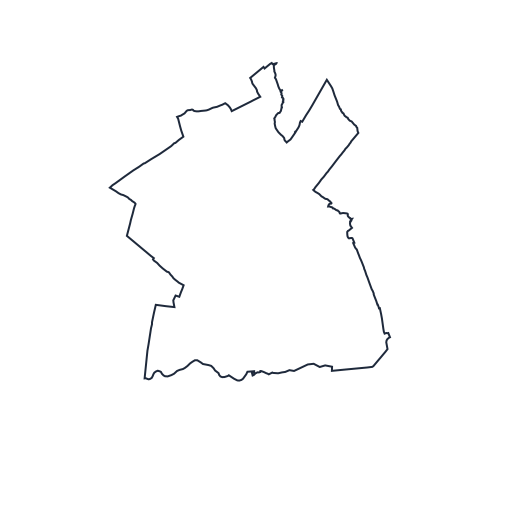 Buhusi, Neamt, Romania, rotated 323°
{"feature_id": "2599482B92541433330507", "entity_name": "Buhusi", "entity_type": "district", "adm_level": 2, "iso_a3": "ROU", "parent_name": "Romania", "parent_adm1": "Neamt", "projection": "natural_earth1", "projection_center": [26.718, 46.731], "detail": "fine", "context": "isolated", "style": "outline", "palette": "slate", "viewbox_px": 512, "rotation_deg": 323, "n_neighbors": 0, "source": "geoboundaries", "source_scale": "gbopen_adm2", "svg_char_len": 6138}
<svg xmlns="http://www.w3.org/2000/svg" viewBox="0 0 512 512"><g transform="rotate(323 256 256)"><path d="M314.1,401.5L315.3,397.1L314.4,396.7L313.7,395.9L312.0,395.4L312.5,393.5L314.0,390.6L319.0,381.6L321.0,377.6L323.5,372.2L322.7,371.8L323.1,371.0L324.0,368.1L323.7,367.9L324.9,364.5L326.6,358.4L327.0,357.3L327.5,356.7L328.2,354.0L328.4,352.2L330.4,345.6L332.1,340.2L332.7,337.7L334.2,333.4L334.7,331.3L335.3,330.1L336.8,324.7L337.4,322.3L337.8,320.2L338.0,319.5L338.8,316.9L339.0,316.0L340.4,311.4L340.2,310.1L340.3,308.7L341.4,304.2L342.5,304.6L343.7,300.0L343.6,299.6L343.3,299.2L342.0,298.4L341.3,298.1L340.9,297.9L340.7,297.3L340.7,296.4L340.9,295.5L341.3,294.7L342.1,293.4L343.3,291.7L343.9,291.5L344.6,291.3L345.2,291.5L349.6,291.3L349.6,290.0L349.7,289.5L349.6,288.8L349.9,287.9L350.9,286.2L351.6,285.7L351.7,285.3L351.8,285.2L352.0,285.4L352.4,285.0L353.0,284.8L353.1,285.2L353.5,285.1L354.2,284.4L355.1,284.1L354.0,283.4L353.8,283.0L354.0,282.3L353.7,281.9L353.4,280.1L353.4,279.4L353.6,278.9L354.5,277.9L354.6,277.4L354.2,276.7L351.7,274.3L350.6,273.6L349.8,273.3L349.4,273.0L348.8,272.8L348.6,272.4L349.0,271.4L349.0,270.5L348.7,269.6L348.7,268.9L348.4,268.4L348.1,268.2L347.7,267.6L347.3,266.2L346.6,264.6L346.1,264.3L346.1,263.7L346.2,263.2L344.3,260.5L343.4,259.9L344.4,259.1L345.4,258.7L346.0,258.6L346.6,258.8L347.6,259.4L348.1,259.2L348.0,256.9L347.6,255.6L347.3,253.9L346.9,253.2L345.8,252.1L345.5,251.3L344.7,248.8L344.2,247.9L343.8,244.7L343.1,242.8L342.1,240.6L341.7,239.0L341.5,237.7L342.0,237.7L342.6,237.6L344.8,236.8L350.2,235.5L354.2,234.2L357.9,233.5L362.3,232.2L364.2,231.9L366.5,231.1L370.6,230.1L376.9,228.3L383.1,226.6L385.2,226.2L387.6,225.5L390.2,224.9L392.0,224.2L393.7,224.0L396.8,223.3L398.3,222.7L400.0,222.3L400.8,221.8L411.8,219.3L412.1,218.0L412.4,217.2L413.0,216.2L414.0,214.5L413.9,213.9L413.9,213.1L414.2,212.4L413.5,210.0L413.5,209.2L413.4,207.4L413.4,206.5L413.3,206.0L412.5,204.7L412.3,204.2L412.1,202.0L412.4,201.0L412.4,200.7L412.0,200.0L411.7,199.6L411.7,199.1L411.6,198.6L411.2,197.5L411.3,196.5L411.4,195.8L411.7,194.9L411.6,194.6L411.3,194.0L411.2,193.8L411.4,193.5L411.4,193.2L411.2,192.3L411.4,191.2L411.6,190.6L412.0,190.0L411.6,189.1L411.9,187.8L412.2,186.7L412.4,184.8L413.6,181.7L414.2,179.6L415.4,175.1L416.8,171.1L417.8,168.0L418.1,165.6L418.6,157.9L391.4,169.6L386.0,171.8L380.7,173.7L378.3,174.7L373.7,176.6L372.9,175.1L371.4,175.9L369.9,177.3L369.1,177.9L367.3,178.9L362.7,180.6L362.4,180.3L361.7,180.5L361.6,181.1L356.5,182.8L353.7,183.7L350.3,183.7L348.8,183.8L348.7,182.1L348.5,181.1L348.9,179.8L349.4,179.0L349.5,178.4L349.4,176.1L348.9,174.3L348.4,170.6L348.6,166.2L348.7,165.6L349.5,163.7L350.2,162.3L350.5,161.6L351.7,160.4L352.1,159.7L352.5,158.8L353.2,157.9L353.2,157.4L353.4,157.1L355.3,156.5L356.7,155.7L359.6,155.2L360.0,155.3L360.7,155.8L361.1,155.9L361.9,155.5L362.8,155.3L363.6,154.8L364.1,154.3L365.0,153.6L365.4,153.1L365.5,153.1L366.0,153.1L366.2,152.9L366.4,152.5L366.5,151.9L367.2,151.0L367.4,150.8L369.0,150.1L369.4,149.8L370.5,149.6L370.6,149.4L370.4,148.8L370.6,148.5L371.6,148.1L371.7,147.9L371.8,147.4L372.3,147.3L372.5,147.0L372.6,145.7L372.2,145.2L372.2,144.9L373.1,144.2L373.4,143.8L373.3,142.7L373.5,142.0L374.0,141.8L374.3,141.5L374.5,141.1L374.5,139.9L376.6,139.4L376.6,139.2L375.1,139.0L374.9,138.8L375.2,138.1L375.3,136.4L375.9,134.0L376.6,132.2L378.3,126.9L378.4,125.0L379.6,124.2L380.5,123.4L381.0,122.5L381.4,121.2L381.7,119.7L382.3,118.9L383.4,116.8L384.2,115.5L384.9,114.7L385.3,114.4L387.7,114.6L388.4,114.3L388.3,114.2L386.9,113.9L386.3,113.4L384.9,113.1L384.7,112.9L384.7,111.3L382.9,111.1L375.7,111.4L375.8,109.5L358.5,110.3L358.4,111.8L357.7,114.4L357.2,115.3L356.9,116.4L356.9,120.6L356.9,122.0L356.5,124.1L356.2,124.6L355.8,125.4L355.4,127.6L355.2,131.4L347.0,129.9L345.0,129.6L323.8,125.7L324.3,123.7L324.5,121.7L324.4,119.8L324.2,118.0L323.8,117.2L323.6,116.1L323.4,115.5L323.1,115.4L320.1,114.9L318.5,114.4L314.6,113.4L311.0,111.7L309.9,111.4L306.4,110.7L304.3,110.0L303.0,109.3L299.6,107.2L297.2,105.9L295.8,104.9L294.1,103.2L293.6,102.3L293.6,101.4L293.2,100.7L292.6,100.3L291.4,99.9L289.4,98.6L288.6,98.4L287.8,98.4L284.7,99.1L282.1,98.8L280.5,98.7L279.0,98.1L276.7,97.4L276.4,99.6L273.4,106.7L271.8,110.8L269.8,117.0L264.3,116.9L259.7,117.2L258.6,116.7L254.4,117.2L240.3,116.6L231.0,115.6L223.0,115.0L221.9,114.5L216.6,114.4L209.5,113.8L199.5,113.5L187.3,113.3L184.1,113.1L180.4,113.5L183.1,120.1L184.0,123.0L185.2,125.6L186.7,127.5L187.7,129.5L188.5,131.1L189.0,132.5L189.1,134.1L189.9,136.0L190.1,137.5L191.1,140.2L191.2,141.8L190.7,142.3L189.3,143.1L187.3,144.5L182.7,148.2L177.8,151.9L175.0,154.3L165.0,162.2L172.1,192.7L173.1,196.2L171.7,196.7L171.7,198.2L172.9,202.1L173.2,205.6L174.0,209.7L175.4,214.9L176.5,216.3L176.6,217.1L176.5,219.4L176.8,222.0L176.7,224.0L177.0,225.6L177.4,227.2L178.1,229.7L178.2,230.6L180.6,235.8L177.1,238.1L174.5,239.6L170.2,242.4L168.0,239.2L163.3,241.6L162.2,243.4L160.1,247.7L153.9,241.9L146.6,234.7L140.4,239.9L133.0,246.4L131.9,247.9L128.7,250.5L117.0,261.9L112.3,266.3L93.4,286.7L94.4,287.3L95.3,288.8L96.1,289.9L97.3,290.4L99.3,290.6L101.1,289.8L102.9,288.7L104.5,288.0L106.6,288.0L108.5,288.5L109.8,290.3L110.3,291.3L110.0,293.5L110.3,295.8L111.0,297.3L113.0,299.0L116.7,300.2L119.7,300.7L123.8,300.3L126.5,301.0L129.6,302.3L131.8,302.6L135.0,302.6L138.8,302.1L141.6,302.2L144.5,302.5L146.4,304.0L147.9,307.8L148.6,310.3L152.5,314.6L154.1,316.8L154.6,320.1L154.4,322.8L155.6,327.0L155.0,328.9L155.1,330.8L156.1,332.4L158.0,333.7L161.4,334.9L162.5,334.9L164.6,340.8L166.2,344.1L167.6,345.4L169.8,346.2L171.8,346.2L177.0,344.6L179.5,343.3L185.2,346.9L184.4,348.0L182.4,347.0L181.4,349.4L182.7,349.7L184.9,349.4L187.2,349.8L188.2,350.7L189.6,351.2L190.2,350.5L190.7,350.8L191.5,351.9L192.6,353.7L193.6,355.7L194.6,357.2L195.0,358.2L198.9,358.9L199.2,359.6L203.1,363.0L206.7,364.6L209.6,366.2L214.0,367.3L217.2,370.7L232.1,373.8L237.2,376.8L240.1,383.0L245.4,385.0L250.1,390.2L247.5,393.4L259.6,400.8L277.6,411.9L282.1,414.5L283.4,414.6L301.7,410.4L305.0,409.5L308.1,403.3L309.5,402.0L311.1,401.4L313.3,401.3L314.1,401.5Z" fill="none" stroke="#1e293b" stroke-width="2"/></g></svg>